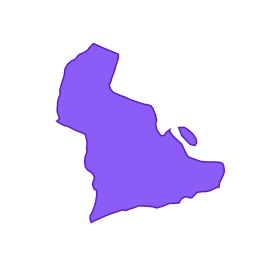 outline of Sundsvall, Västernorrland, Sweden, rotated 336°
{"feature_id": "70781695B99117995283452", "entity_name": "Sundsvall", "entity_type": "district", "adm_level": 2, "iso_a3": "SWE", "parent_name": "Sweden", "parent_adm1": "Västernorrland", "projection": "orthographic", "projection_center": [16.938, 62.56], "detail": "fine", "context": "isolated", "style": "filled", "palette": "violet", "viewbox_px": 256, "rotation_deg": 336, "n_neighbors": 0, "source": "geoboundaries", "source_scale": "gbopen_adm2", "svg_char_len": 1882}
<svg xmlns="http://www.w3.org/2000/svg" viewBox="0 0 256 256"><g transform="rotate(336 128 128)"><path d="M82.4,64.2L80.9,66.1L79.5,70.1L77.0,72.1L75.3,74.3L73.9,76.3L72.6,79.1L70.9,82.0L69.8,85.1L69.6,88.9L69.2,91.7L66.4,92.6L65.7,92.6L66.0,93.7L70.4,99.5L73.4,101.7L79.6,109.2L84.2,113.8L86.4,116.6L85.8,119.6L85.0,123.7L83.9,126.5L81.9,129.7L80.8,133.3L76.9,137.1L74.7,141.2L73.3,145.9L73.8,149.5L76.0,153.1L77.3,155.8L77.3,159.7L74.3,163.0L72.6,165.2L72.3,169.9L73.9,172.1L72.2,176.5L70.0,179.8L68.6,182.3L64.7,186.7L61.0,190.5L57.7,192.7L56.3,195.7L55.9,199.2L62.6,199.1L67.6,199.0L75.6,199.2L82.7,199.8L86.8,200.2L90.1,200.8L92.4,202.5L96.7,202.7L102.0,203.3L106.3,203.5L111.8,206.2L114.6,207.8L118.5,209.9L121.6,212.6L128.0,213.6L132.1,213.6L135.4,213.8L140.1,215.9L144.2,217.2L147.7,214.5L150.2,214.1L153.1,214.3L155.7,216.6L157.9,217.7L161.2,216.4L164.8,214.9L169.8,216.2L173.2,217.7L177.6,218.6L184.8,218.4L186.8,219.2L189.8,214.8L192.3,212.8L196.3,209.4L198.6,206.4L199.9,201.9L200.1,198.9L197.6,196.5L193.3,194.3L186.0,191.0L180.6,187.9L175.1,182.7L171.1,178.5L170.6,172.4L170.5,164.6L167.8,158.3L165.7,153.2L164.8,148.0L165.7,146.4L164.0,146.8L160.8,147.7L158.0,149.5L155.4,148.7L154.6,146.8L153.7,142.5L153.9,139.8L155.1,135.2L157.4,132.4L158.4,127.4L158.7,120.6L158.2,117.3L156.3,115.5L152.1,112.6L149.4,110.3L146.9,107.8L142.6,104.0L137.9,98.7L133.2,94.1L128.9,89.3L127.8,85.0L128.4,81.0L131.1,78.6L133.7,75.5L137.0,72.3L142.1,66.4L147.7,60.1L149.1,56.9L149.3,56.7L145.2,52.4L137.1,44.0L131.3,37.3L130.4,36.8L128.9,37.6L125.2,39.0L122.4,40.6L118.8,41.1L114.0,41.0L111.3,41.8L108.0,43.7L103.8,43.7L98.8,45.1L94.7,48.1L91.0,54.1L87.9,57.7L83.9,62.2L82.4,64.2ZM174.3,152.0L174.0,156.8L176.7,164.4L178.0,168.0L182.1,171.3L184.9,169.2L185.8,165.4L184.8,159.8L181.9,153.5L179.6,150.2L174.5,148.2L174.3,152.0Z" fill="#8b5cf6" stroke="#5b21b6" stroke-width="1.5"/></g></svg>